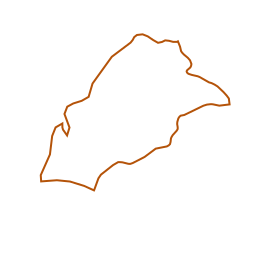 the Parish of Saint Thomas, rotated 132°
{"feature_id": "JAM-1383", "entity_name": "Saint Thomas", "entity_type": "Parish", "adm_level": 1, "iso_a3": "JAM", "parent_name": "Jamaica", "parent_adm1": "", "projection": "equal_earth", "projection_center": [-76.493, 17.967], "detail": "fine", "context": "isolated", "style": "outline", "palette": "amber", "viewbox_px": 256, "rotation_deg": 132, "n_neighbors": 0, "source": "natural_earth", "source_scale": "10m", "svg_char_len": 1230}
<svg xmlns="http://www.w3.org/2000/svg" viewBox="0 0 256 256"><g transform="rotate(132 128 128)"><path d="M197.1,111.5L200.4,121.9L206.6,135.3L214.4,145.9L225.8,156.8L221.4,161.3L199.9,168.3L184.7,179.0L176.0,182.2L168.6,179.8L171.5,177.1L172.7,175.2L174.3,168.3L166.8,171.8L160.1,184.6L152.8,187.4L146.4,185.1L138.8,180.6L131.2,178.1L118.7,184.1L85.9,187.7L62.8,183.2L59.4,183.4L56.3,184.2L52.9,183.6L48.6,179.8L46.7,174.7L45.8,168.2L44.6,162.7L41.3,160.3L38.0,159.0L35.7,155.8L33.8,152.1L31.2,149.2L30.2,148.9L32.7,143.8L35.4,139.9L35.8,138.1L36.0,135.7L35.8,130.5L36.2,127.2L38.0,123.7L39.6,122.7L41.3,122.2L45.5,122.7L46.6,122.4L47.3,121.3L47.3,119.4L45.9,116.2L42.9,110.8L42.2,108.9L39.9,98.4L38.7,95.9L37.8,92.7L37.2,89.3L37.4,80.9L37.9,76.3L38.6,72.8L42.5,68.3L50.3,75.1L53.5,80.6L54.2,81.6L55.1,82.6L57.8,85.0L61.0,86.9L80.7,94.9L83.6,97.1L85.2,97.3L87.2,97.0L90.5,95.4L92.2,94.1L94.0,91.8L94.9,90.9L95.8,90.3L97.5,90.0L103.4,90.0L105.5,89.6L107.0,89.1L109.8,87.1L111.9,86.0L113.6,86.1L115.7,86.8L124.8,93.6L138.4,96.3L150.8,101.0L153.0,102.2L153.8,103.0L154.5,104.0L157.2,109.1L158.4,110.7L160.0,112.5L165.6,114.3L180.8,116.9L185.2,116.3L196.8,111.6L197.1,111.5Z" fill="none" stroke="#b45309" stroke-width="2"/></g></svg>